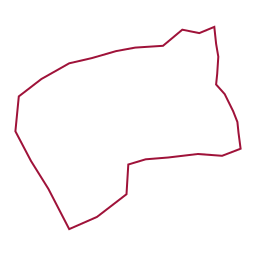 outline of Korakou, Nicosia, Cyprus
{"feature_id": "46923920B50913956941924", "entity_name": "Korakou", "entity_type": "district", "adm_level": 2, "iso_a3": "CYP", "parent_name": "Cyprus", "parent_adm1": "Nicosia", "projection": "mercator", "projection_center": [32.877, 35.036], "detail": "fine", "context": "isolated", "style": "outline", "palette": "rose", "viewbox_px": 256, "rotation_deg": 0, "n_neighbors": 0, "source": "geoboundaries", "source_scale": "gbopen_adm2", "svg_char_len": 474}
<svg xmlns="http://www.w3.org/2000/svg" viewBox="0 0 256 256"><path d="M182.3,29.7L163.0,45.8L135.2,47.6L116.1,51.1L91.8,58.1L69.2,63.3L41.4,79.0L18.8,96.4L15.4,131.3L31.0,161.0L48.4,188.9L69.2,229.1L97.0,216.9L126.5,194.2L128.3,164.5L145.7,159.3L168.2,157.5L197.8,154.0L222.1,155.8L240.6,148.7L238.5,132.7L237.4,122.0L233.2,111.3L224.7,94.1L216.1,84.5L217.2,73.8L218.3,56.7L216.1,43.8L214.3,26.9L199.3,33.1L182.3,29.7Z" fill="none" stroke="#9f1239" stroke-width="2"/></svg>